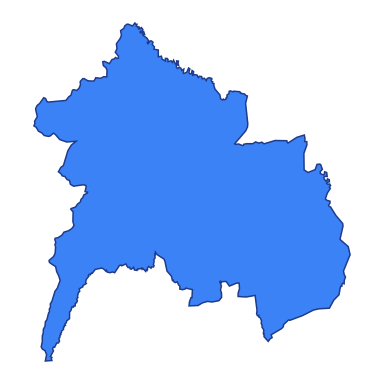 the district of Ron Phibun, Nakhon Si Thammarat, Thailand
{"feature_id": "78962969B70310108322662", "entity_name": "Ron Phibun", "entity_type": "district", "adm_level": 2, "iso_a3": "THA", "parent_name": "Thailand", "parent_adm1": "Nakhon Si Thammarat", "projection": "natural_earth1", "projection_center": [99.867, 8.196], "detail": "fine", "context": "isolated", "style": "filled", "palette": "blue", "viewbox_px": 384, "rotation_deg": 0, "n_neighbors": 0, "source": "geoboundaries", "source_scale": "gbopen_adm2", "svg_char_len": 5821}
<svg xmlns="http://www.w3.org/2000/svg" viewBox="0 0 384 384"><path d="M344.1,283.8L344.3,280.3L345.5,277.0L344.2,274.5L343.5,271.0L350.1,254.7L348.2,246.6L340.0,239.4L343.0,226.1L342.7,223.5L335.9,215.5L330.6,207.0L329.0,206.3L328.6,205.1L330.0,203.1L330.0,201.2L326.7,200.2L325.4,199.0L327.3,193.1L330.3,188.5L329.3,187.0L330.6,185.6L329.7,184.0L327.6,184.2L326.7,183.4L327.1,182.4L329.4,181.8L329.3,179.7L327.5,178.9L326.6,180.9L325.7,181.0L323.8,178.3L323.8,177.4L324.9,176.4L327.2,176.5L326.7,172.5L324.6,171.8L324.3,174.1L323.5,174.9L320.3,173.6L320.2,171.7L322.4,169.3L320.6,164.5L319.7,164.1L317.0,164.4L315.2,169.6L308.0,172.5L304.1,169.9L303.9,153.3L306.9,145.0L306.8,141.6L304.7,141.5L305.0,138.5L304.3,135.0L296.9,137.3L288.0,143.0L287.3,142.6L286.8,140.7L275.1,140.5L264.1,143.8L261.8,142.2L258.8,143.1L255.6,141.9L252.8,143.7L246.6,143.7L243.7,144.3L243.5,145.3L242.6,145.6L238.6,144.0L235.3,144.4L234.7,143.7L245.7,130.9L247.5,127.0L247.8,123.8L245.6,103.3L247.4,96.0L245.5,95.3L244.6,94.0L240.5,93.2L240.5,92.4L239.5,91.7L233.7,91.2L233.1,91.8L230.2,90.9L229.2,91.3L228.9,93.7L227.1,94.8L226.8,97.8L226.1,97.9L225.8,99.3L224.2,99.8L223.4,99.1L222.6,100.0L220.6,98.8L219.9,94.9L214.9,88.9L213.7,85.0L214.0,83.7L212.4,83.1L212.7,81.7L211.7,81.4L211.1,80.0L211.9,79.1L211.7,78.4L209.1,77.7L207.1,78.5L206.3,80.6L204.2,78.2L202.3,78.9L201.6,76.5L199.3,76.3L198.3,77.5L197.0,75.0L193.7,74.6L192.7,75.3L192.2,74.1L193.4,73.4L193.6,71.6L192.1,70.5L191.4,73.6L189.5,73.8L188.9,72.2L189.9,69.0L188.6,68.0L186.8,72.2L183.9,73.5L183.2,73.0L183.8,69.1L181.7,70.4L180.9,68.2L179.1,67.3L177.5,68.5L176.4,67.2L176.3,64.5L178.6,65.4L178.0,63.1L178.4,61.1L176.7,60.9L176.8,63.0L175.3,63.8L173.6,60.2L172.2,63.1L172.2,61.8L171.1,60.8L168.0,61.7L168.0,59.4L167.2,58.5L165.4,58.4L165.4,61.0L162.1,59.2L161.4,56.2L158.3,56.8L158.3,50.0L153.9,49.2L154.4,46.9L152.3,44.5L153.0,42.2L151.4,40.9L150.1,41.0L148.0,43.7L147.3,42.5L148.2,42.3L148.6,40.8L147.0,38.2L143.0,35.3L142.9,34.1L144.6,34.4L143.7,31.7L141.2,33.1L140.0,32.2L140.3,31.4L142.5,30.9L142.9,29.5L141.4,27.6L140.3,28.7L139.4,27.5L139.3,28.7L138.5,28.9L138.1,26.9L136.3,26.3L137.0,24.3L135.8,24.3L134.9,23.0L132.5,26.0L128.6,24.3L126.9,24.2L124.8,25.9L123.8,28.4L120.6,30.6L121.4,35.3L120.2,38.4L116.4,43.8L117.0,48.6L115.3,52.3L118.4,56.1L118.4,58.1L117.3,58.5L115.5,57.5L114.2,59.0L112.0,59.5L109.4,63.6L104.3,61.3L102.8,61.7L103.3,65.6L105.9,67.7L107.0,70.1L106.8,76.9L103.7,76.7L100.7,78.3L95.8,77.7L94.3,80.6L93.1,81.1L87.9,80.8L84.1,78.6L82.7,78.7L80.2,81.5L80.4,85.0L79.1,88.1L76.9,90.4L73.8,89.7L72.5,90.1L70.9,95.3L68.8,96.7L66.0,100.4L48.1,102.1L46.8,101.3L45.6,98.5L43.7,97.7L39.6,103.5L37.2,105.4L35.9,108.0L35.6,109.2L37.3,116.7L34.6,121.2L34.9,123.5L33.9,125.9L36.1,127.2L38.5,131.2L41.9,133.0L44.2,135.5L48.5,136.4L50.3,135.9L53.3,133.2L55.3,134.4L59.8,139.6L66.7,142.0L76.1,141.3L71.3,145.1L67.8,150.9L63.8,164.3L63.0,165.9L60.9,167.3L58.4,171.8L60.8,173.6L62.3,175.9L64.9,176.5L67.1,179.6L69.4,180.4L70.4,184.3L73.6,186.2L83.2,184.8L85.7,185.4L86.2,186.8L85.0,191.6L87.6,192.2L87.1,193.2L83.7,195.0L82.8,197.7L81.1,199.2L80.3,202.0L77.5,204.1L75.6,207.0L71.0,208.6L70.9,209.5L73.1,211.8L72.9,221.5L74.0,225.5L71.8,228.6L68.4,230.8L64.0,232.1L61.8,235.3L57.9,237.7L55.1,238.3L54.8,239.4L55.8,242.8L54.9,244.6L55.6,247.1L55.1,253.4L53.5,256.6L49.1,260.4L49.2,261.9L50.1,263.0L55.6,266.6L56.7,271.7L58.8,275.9L60.1,280.5L57.3,288.2L55.0,291.2L51.9,301.3L50.3,303.9L50.5,307.1L49.3,309.1L49.5,311.7L48.6,312.9L46.9,319.7L45.4,321.6L45.0,326.3L43.4,329.1L43.2,333.3L42.3,335.9L42.3,341.7L41.2,346.9L42.4,349.1L45.0,350.7L46.6,354.6L45.3,361.0L51.9,360.5L51.3,358.6L51.9,357.4L50.4,356.6L53.5,350.8L52.6,349.1L52.9,348.1L53.6,347.1L54.6,347.3L56.6,343.2L58.5,342.9L59.5,341.2L58.9,338.4L59.9,337.3L60.0,335.2L60.9,334.6L60.6,333.5L61.4,332.8L61.6,331.0L63.6,329.3L63.3,327.7L64.3,326.8L64.1,325.9L65.4,325.4L64.9,323.9L66.3,322.8L66.7,320.8L69.5,318.7L69.6,311.9L70.8,310.7L72.1,306.8L73.5,307.1L73.8,306.0L75.2,305.9L75.3,303.4L76.6,302.7L77.4,300.6L76.6,299.0L77.9,297.5L77.5,296.3L78.3,292.9L79.7,291.3L79.3,288.7L82.8,286.9L83.0,285.6L86.3,283.5L85.6,282.8L86.2,279.5L88.8,276.2L88.4,275.5L89.2,274.3L90.4,274.8L91.4,273.1L92.4,273.2L95.2,269.4L101.6,268.1L103.3,268.7L105.6,270.9L106.3,270.4L106.2,271.3L106.8,271.2L107.2,272.1L109.8,272.7L112.6,272.0L114.7,272.7L119.5,265.4L121.2,265.2L121.7,265.8L125.9,263.9L127.1,266.3L128.1,267.5L129.6,267.4L130.3,269.0L131.6,269.1L133.6,267.3L134.4,270.0L136.8,270.4L136.9,269.7L137.8,269.8L138.1,268.7L140.3,268.8L141.8,268.0L142.1,269.3L143.0,268.6L145.7,271.4L146.0,270.5L146.9,270.6L146.7,269.7L147.5,269.7L147.5,267.8L148.6,266.4L151.0,268.2L151.8,266.8L153.5,267.0L154.1,265.6L153.4,264.6L154.1,261.6L153.9,259.6L155.1,257.9L154.8,255.5L155.3,255.1L154.8,253.8L155.5,253.6L155.5,252.3L157.1,254.6L163.9,259.0L164.9,261.1L167.0,271.1L171.4,276.1L172.4,280.4L173.3,280.2L173.5,281.5L175.3,282.6L177.3,281.9L178.6,285.0L179.9,286.1L179.8,289.1L182.6,289.7L185.4,288.9L185.7,288.1L192.4,289.6L192.0,297.5L191.0,297.6L189.5,301.7L189.0,305.9L198.0,305.5L202.4,302.9L207.5,301.4L212.1,302.0L218.9,300.7L221.6,297.4L221.5,293.1L220.5,289.8L221.4,286.0L219.7,281.6L220.4,281.2L221.4,282.6L222.1,281.6L226.2,281.5L229.4,286.1L236.6,283.1L239.1,283.1L239.5,288.7L238.1,293.3L238.1,296.5L246.3,297.0L255.1,295.4L257.0,310.4L256.6,313.7L257.4,315.7L258.8,315.4L258.8,317.0L260.2,317.8L261.5,320.8L261.2,323.5L262.1,325.3L262.0,327.1L263.8,330.0L263.4,333.3L264.0,333.6L263.6,334.6L264.2,335.2L264.0,336.6L268.2,341.4L270.4,338.6L272.1,337.7L271.2,334.7L281.6,328.6L283.4,326.6L283.5,324.7L288.6,319.9L289.9,320.3L302.3,315.7L313.6,310.0L319.0,308.8L329.4,308.2L333.8,300.1L339.0,294.8L340.1,288.4L340.8,286.1L341.8,286.2L342.1,283.9L342.8,283.3L344.1,283.8Z" fill="#3b82f6" stroke="#1e3a8a" stroke-width="1.5"/></svg>